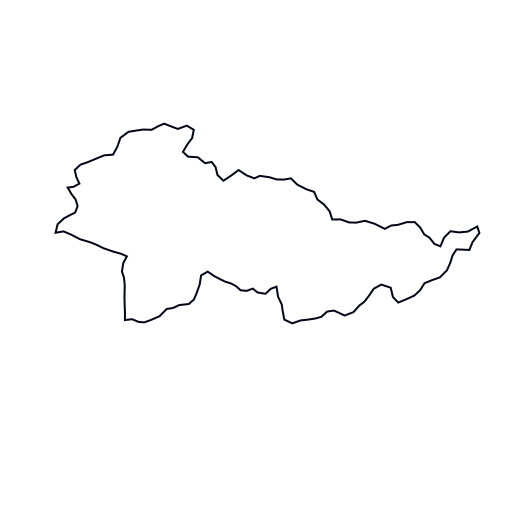 Oliveira Fortes, Minas Gerais, Brazil (Robinson projection), rotated 201°
{"feature_id": "56859067B27870531279876", "entity_name": "Oliveira Fortes", "entity_type": "district", "adm_level": 2, "iso_a3": "BRA", "parent_name": "Brazil", "parent_adm1": "Minas Gerais", "projection": "robinson", "projection_center": [-43.521, -21.329], "detail": "fine", "context": "isolated", "style": "outline", "palette": "ink", "viewbox_px": 512, "rotation_deg": 201, "n_neighbors": 0, "source": "geoboundaries", "source_scale": "gbopen_adm2", "svg_char_len": 2006}
<svg xmlns="http://www.w3.org/2000/svg" viewBox="0 0 512 512"><g transform="rotate(201 256 256)"><path d="M456.0,271.3L452.0,265.3L446.8,260.3L451.3,255.1L456.3,252.4L450.9,248.0L444.4,243.9L440.4,238.5L440.4,231.8L444.5,227.3L448.7,222.5L452.6,214.6L451.5,205.9L444.5,210.0L436.1,209.7L426.4,208.6L416.1,209.4L410.0,209.4L401.1,208.6L390.2,209.0L383.1,209.7L376.4,209.4L377.4,202.0L375.6,193.5L371.6,188.6L368.0,181.5L364.0,170.3L360.6,162.1L357.9,155.8L355.4,149.2L349.0,152.6L342.0,152.4L336.5,154.0L331.1,158.7L324.4,165.3L320.4,174.5L314.9,177.7L310.1,182.7L301.5,187.1L298.4,193.1L298.1,199.6L298.4,209.4L300.3,218.2L295.5,224.1L287.9,222.3L282.0,221.6L275.6,221.0L269.5,221.4L263.8,220.7L258.2,218.5L252.4,220.0L247.3,224.4L241.6,222.5L233.6,224.1L230.5,230.6L225.9,234.7L220.8,225.9L214.6,220.0L211.6,214.6L206.8,206.8L198.0,206.1L191.2,211.9L184.6,215.3L178.4,218.8L173.3,222.5L169.6,229.7L163.6,233.0L151.9,232.2L144.9,238.5L141.8,246.7L138.5,252.0L136.2,259.6L134.3,267.7L128.8,274.2L118.9,274.7L113.5,266.8L106.5,263.5L100.2,269.5L94.0,275.8L90.5,283.0L88.9,291.0L83.3,296.3L76.7,301.9L72.6,311.1L72.2,319.4L72.7,327.0L71.2,334.0L65.4,336.0L59.0,338.1L58.8,346.6L55.7,357.6L60.0,362.8L67.0,354.7L74.9,350.8L83.3,348.8L87.0,340.6L87.3,331.1L93.7,331.2L100.7,335.3L106.6,336.4L112.9,341.4L119.9,344.5L127.3,341.7L134.6,336.0L140.7,332.9L145.5,327.5L156.8,328.6L166.9,327.9L174.5,323.0L181.1,320.7L190.1,320.5L197.9,317.4L203.3,324.1L210.9,328.4L219.0,330.8L224.7,336.7L233.0,336.4L243.0,337.4L251.3,341.0L257.0,337.5L264.0,334.9L272.0,334.3L281.1,332.2L285.4,327.9L293.6,327.9L303.1,330.0L307.9,322.3L313.4,314.6L321.0,317.8L325.6,324.5L331.1,327.9L336.8,324.4L345.7,327.3L355.1,324.4L361.5,327.0L360.0,336.0L357.9,343.2L359.3,351.5L367.3,352.9L374.6,346.6L383.4,346.6L389.2,346.6L393.7,342.3L398.7,336.4L406.7,333.6L412.4,330.4L419.6,326.2L424.9,317.8L424.6,308.2L425.8,299.4L433.8,295.6L440.2,289.5L446.6,283.4L452.6,278.4L456.0,271.3Z" fill="none" stroke="#020617" stroke-width="2"/></g></svg>